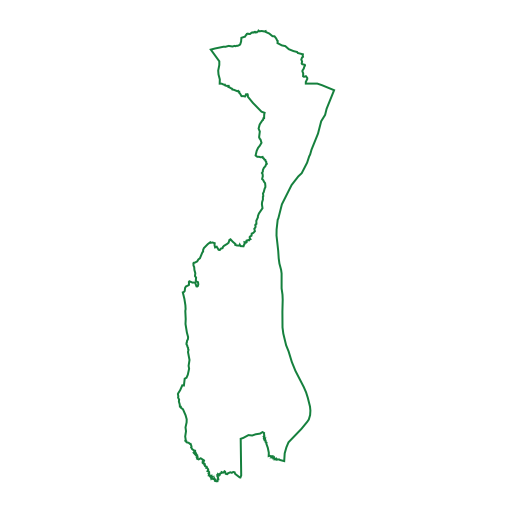 outline of That Phanom, Nakhon Phanom, Thailand
{"feature_id": "78962969B35250175896926", "entity_name": "That Phanom", "entity_type": "district", "adm_level": 2, "iso_a3": "THA", "parent_name": "Thailand", "parent_adm1": "Nakhon Phanom", "projection": "natural_earth1", "projection_center": [104.685, 16.983], "detail": "fine", "context": "isolated", "style": "outline", "palette": "green", "viewbox_px": 512, "rotation_deg": 0, "n_neighbors": 0, "source": "geoboundaries", "source_scale": "gbopen_adm2", "svg_char_len": 6019}
<svg xmlns="http://www.w3.org/2000/svg" viewBox="0 0 512 512"><path d="M208.8,475.4L210.1,475.6L210.0,476.0L209.7,476.0L210.0,476.4L211.4,475.8L211.4,476.1L210.7,476.5L210.9,476.8L211.7,476.8L210.9,477.3L211.3,478.7L212.0,478.0L212.3,478.7L213.2,479.0L214.0,478.2L214.8,480.2L215.2,480.2L215.2,479.7L215.4,480.0L215.1,480.9L216.4,481.3L217.5,481.2L217.7,479.2L218.3,479.2L218.0,477.5L217.4,476.3L217.7,475.5L217.3,475.5L217.3,475.1L218.1,475.3L218.1,474.5L218.8,475.1L218.9,474.6L218.7,474.3L218.9,474.1L219.5,474.1L219.4,474.7L219.7,474.8L220.2,473.5L221.4,473.0L221.6,472.1L223.0,472.7L223.6,472.5L224.5,471.3L225.1,471.7L225.7,473.8L226.7,474.1L227.4,474.1L227.7,473.4L230.3,472.3L231.8,472.8L233.2,472.0L234.6,472.3L235.2,473.9L239.7,477.4L240.4,477.5L241.2,475.4L240.7,438.8L243.3,437.9L248.5,435.1L252.2,435.5L255.6,434.3L260.1,433.6L262.5,432.1L264.1,433.0L264.0,433.7L264.3,435.6L263.8,436.4L264.3,436.6L263.8,438.4L264.2,439.3L265.0,438.8L264.8,440.1L265.4,440.1L265.6,440.4L265.5,441.9L266.5,442.6L266.3,443.6L267.8,447.8L268.8,452.7L268.7,456.0L269.6,455.7L270.5,456.2L272.7,456.2L272.7,457.0L272.0,457.5L273.1,457.6L273.2,458.0L274.0,457.4L274.4,459.3L276.0,458.6L276.1,459.1L276.5,459.1L276.5,459.7L279.1,459.4L280.0,460.0L284.2,461.1L284.7,453.3L286.4,447.3L288.5,442.3L301.4,428.9L307.3,421.7L308.8,419.5L310.1,415.1L310.4,410.7L310.0,406.6L307.8,397.8L306.1,392.4L303.8,387.1L295.4,370.8L291.8,361.9L288.6,351.4L286.1,345.2L283.3,333.6L282.5,327.4L282.4,311.6L282.7,299.9L282.5,294.8L281.6,288.4L281.6,273.5L281.1,269.9L279.4,263.5L278.7,258.3L278.2,250.8L276.5,235.5L276.6,229.4L277.7,219.7L278.3,218.5L281.9,204.3L291.6,185.0L298.3,176.4L301.7,173.2L307.1,162.7L309.2,156.3L310.1,154.6L311.5,149.7L318.0,133.6L321.2,121.2L325.1,114.9L326.6,108.8L334.1,90.2L322.0,85.2L317.3,83.6L305.8,83.6L305.8,81.9L307.3,78.9L307.2,77.9L305.9,76.2L304.0,76.8L303.1,76.3L303.2,73.4L302.4,71.3L302.5,70.5L303.8,68.5L304.1,67.2L305.0,65.5L304.8,64.8L302.2,64.2L301.7,63.5L302.1,61.5L301.3,59.6L302.0,57.6L303.0,56.8L302.7,55.7L302.9,54.3L297.8,53.0L297.1,52.0L293.5,51.1L288.8,49.2L285.3,46.1L281.9,45.4L277.5,43.1L277.7,41.0L277.3,40.8L276.2,38.5L274.5,36.3L272.5,36.2L269.2,33.5L265.8,32.0L265.6,31.1L264.5,31.5L261.7,31.0L259.5,31.3L258.6,30.7L258.4,31.3L257.2,31.8L256.9,32.3L255.3,32.5L255.1,31.9L254.5,31.9L253.0,32.7L252.5,32.4L251.7,32.6L250.0,34.0L248.3,33.9L247.9,33.6L246.8,33.9L246.4,34.9L245.8,35.2L245.1,36.6L241.4,37.8L241.1,41.5L240.3,44.1L239.7,44.9L237.7,45.8L236.6,45.8L235.4,46.2L234.5,45.9L232.5,46.5L228.7,45.9L225.4,46.8L223.7,46.7L215.0,48.5L210.8,49.6L219.3,61.3L219.3,65.0L218.2,70.6L218.5,74.4L219.8,79.4L219.7,83.7L221.7,83.7L223.9,84.7L224.9,84.7L225.1,85.4L226.5,85.9L228.6,85.9L228.5,87.1L229.4,87.2L230.4,88.0L232.0,88.7L232.3,89.5L233.9,89.8L237.3,91.2L238.1,90.9L238.5,91.6L239.2,91.7L239.2,92.8L240.0,93.5L241.5,96.1L243.4,96.1L245.0,96.5L246.0,94.4L246.5,94.6L246.7,94.3L247.5,94.2L247.9,95.2L247.7,96.1L248.0,96.9L252.9,102.9L261.5,111.7L264.6,112.8L264.2,114.6L264.1,118.1L263.5,118.1L262.9,120.1L262.4,120.3L260.2,123.6L259.6,124.7L258.6,128.6L259.8,131.5L259.1,137.2L259.7,138.7L260.5,139.5L261.5,142.8L259.8,145.7L258.1,147.8L256.7,150.8L255.6,155.5L257.3,156.8L259.0,156.8L260.9,157.3L262.6,156.9L263.0,158.0L263.9,158.5L264.2,159.4L265.3,159.9L265.4,160.8L266.2,161.7L266.2,162.8L266.8,163.6L266.7,164.1L266.1,164.4L265.3,166.3L263.9,167.8L262.9,170.0L262.8,171.7L261.9,173.0L262.6,174.0L262.8,176.2L262.1,179.0L263.3,180.2L263.9,181.6L265.1,183.2L265.4,186.1L265.3,187.4L264.7,188.4L263.7,192.2L263.0,193.4L263.3,196.1L262.9,196.7L262.9,199.6L262.1,202.1L261.9,204.2L262.5,208.2L258.9,213.5L257.9,216.1L257.9,217.3L256.3,220.8L256.4,223.9L255.6,224.4L255.2,225.1L255.6,225.9L255.4,227.4L254.3,228.8L254.9,231.2L253.3,232.9L251.7,233.6L251.5,235.7L250.2,236.4L249.7,237.0L249.7,238.0L250.4,239.1L249.8,239.3L249.1,240.3L248.2,240.0L247.6,240.5L246.6,240.5L246.3,241.1L246.6,242.2L246.1,242.6L244.5,242.2L244.7,243.8L244.3,244.1L243.5,246.3L240.5,246.1L239.8,244.8L239.6,245.4L238.4,245.6L236.6,245.4L235.2,244.8L235.4,244.0L232.7,241.7L230.5,239.3L229.5,239.9L229.6,240.5L229.1,240.9L228.6,242.7L227.3,243.8L223.9,245.9L223.0,246.9L222.5,248.2L220.9,248.6L219.8,250.0L218.6,249.8L216.7,246.7L215.1,247.4L214.5,245.0L214.7,243.2L212.5,242.5L210.5,242.8L210.2,242.3L207.8,244.1L203.9,248.1L203.1,250.0L203.1,251.6L202.4,252.3L199.9,258.3L198.4,259.4L197.2,261.4L194.7,262.7L193.7,262.8L193.4,263.3L193.5,265.6L194.2,267.1L194.4,269.9L195.3,273.2L195.0,276.1L196.1,277.6L195.8,280.5L196.4,281.5L198.0,282.2L198.3,284.4L197.8,286.1L197.2,286.5L196.5,286.4L195.3,283.1L194.7,282.5L192.5,282.6L189.4,281.3L188.9,281.9L189.0,284.3L188.8,285.1L185.9,286.5L185.1,287.9L184.7,291.0L184.1,291.8L182.8,292.4L184.4,298.9L185.4,305.3L185.6,309.0L185.3,311.0L185.7,319.0L185.5,324.0L186.9,332.6L188.1,337.1L187.9,339.2L187.0,340.9L186.8,342.7L186.5,343.0L186.5,344.4L187.2,345.4L187.4,346.7L188.1,347.9L188.1,349.2L188.5,349.8L188.0,352.0L189.5,360.0L188.6,365.8L189.1,368.7L187.8,374.7L186.5,377.7L184.7,378.7L183.9,385.5L182.3,385.3L180.1,390.3L178.3,393.1L177.9,394.0L178.3,396.2L178.1,397.6L179.1,399.6L178.9,401.6L179.7,404.3L179.9,406.6L180.8,406.7L180.9,407.7L183.0,409.3L185.6,415.3L186.7,419.3L186.6,422.4L185.5,427.4L186.0,431.2L185.2,436.5L185.7,439.8L185.3,440.7L186.2,441.1L186.1,441.6L186.6,442.3L188.7,442.8L189.9,443.9L190.6,443.9L191.5,446.4L191.1,447.5L191.7,448.1L192.1,449.1L193.5,450.1L194.0,450.9L194.4,450.5L195.1,450.7L195.1,451.4L194.4,452.2L194.9,452.5L194.8,453.3L194.2,453.3L195.0,454.2L195.0,453.6L195.8,453.0L196.2,453.7L196.4,455.3L197.2,455.3L197.3,456.3L196.9,457.2L197.6,457.4L197.1,458.7L198.6,459.4L200.7,458.3L204.0,460.4L204.1,460.7L203.4,461.7L202.7,461.6L202.6,462.8L202.9,463.1L203.3,462.8L204.2,463.5L204.2,464.4L204.8,464.3L205.1,466.2L206.6,466.7L206.4,467.9L207.1,467.9L208.0,469.1L208.2,469.5L207.5,471.2L208.0,471.4L208.4,471.0L209.1,472.0L209.2,473.6L208.7,473.8L209.1,474.4L208.8,475.4Z" fill="none" stroke="#15803d" stroke-width="2"/></svg>